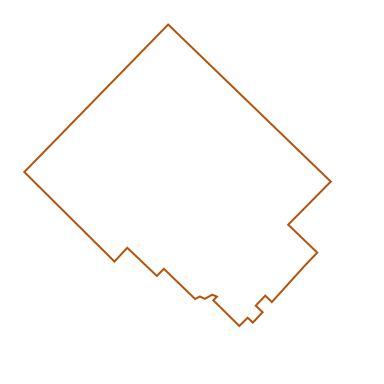 Jim Hogg, Texas, United States of America, rotated 134°
{"feature_id": "52423323B38410477009705", "entity_name": "Jim Hogg", "entity_type": "district", "adm_level": 2, "iso_a3": "USA", "parent_name": "United States of America", "parent_adm1": "Texas", "projection": "natural_earth1", "projection_center": [-98.61, 27.071], "detail": "fine", "context": "isolated", "style": "outline", "palette": "amber", "viewbox_px": 384, "rotation_deg": 134, "n_neighbors": 0, "source": "geoboundaries", "source_scale": "gbopen_adm2", "svg_char_len": 441}
<svg xmlns="http://www.w3.org/2000/svg" viewBox="0 0 384 384"><g transform="rotate(134 192 192)"><path d="M88.1,325.5L294.1,326.5L295.9,199.5L277.1,199.8L276.8,159.0L266.8,158.9L266.8,115.5L261.7,113.7L259.9,108.5L251.9,106.2L249.9,101.4L255.1,101.4L255.5,64.9L243.8,64.6L243.7,57.5L229.4,57.7L229.5,67.2L215.7,67.3L215.7,58.1L167.1,59.7L148.6,59.8L148.7,100.1L88.1,99.4L88.1,325.5Z" fill="none" stroke="#b45309" stroke-width="2"/></g></svg>